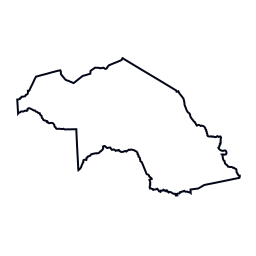 Santa Luzia, Maranhão, Brazil, rotated 87°
{"feature_id": "56859067B91143147838323", "entity_name": "Santa Luzia", "entity_type": "district", "adm_level": 2, "iso_a3": "BRA", "parent_name": "Brazil", "parent_adm1": "Maranhão", "projection": "albers", "projection_center": [-45.858, -4.292], "detail": "fine", "context": "isolated", "style": "outline", "palette": "ink", "viewbox_px": 256, "rotation_deg": 87, "n_neighbors": 0, "source": "geoboundaries", "source_scale": "gbopen_adm2", "svg_char_len": 5888}
<svg xmlns="http://www.w3.org/2000/svg" viewBox="0 0 256 256"><g transform="rotate(87 128 128)"><path d="M196.0,68.8L192.7,68.8L192.1,61.0L188.9,54.8L187.7,46.6L186.6,39.2L183.6,19.4L182.9,19.1L182.2,18.9L181.4,18.9L181.4,19.9L180.7,20.4L180.0,20.7L179.6,21.0L178.9,21.1L178.4,21.6L177.5,21.9L176.7,21.9L175.7,21.9L174.9,22.0L174.4,22.6L174.0,23.7L173.3,24.2L173.3,25.1L172.6,26.0L172.3,26.8L172.3,28.1L172.2,28.9L171.9,29.4L171.7,30.3L170.9,30.6L170.1,31.2L169.5,32.1L168.3,33.0L167.6,33.1L167.0,33.2L166.1,33.3L165.6,34.0L164.2,34.7L163.3,34.7L162.3,34.9L161.2,35.0L160.3,34.9L159.4,35.6L159.3,34.6L159.5,33.9L159.7,33.1L159.5,32.4L159.4,31.5L158.1,30.9L156.4,31.2L155.6,32.0L155.5,33.2L155.8,34.2L155.7,35.1L155.4,35.8L155.1,36.7L154.6,37.2L154.2,37.7L153.6,38.2L153.0,38.5L152.5,38.8L151.8,38.1L151.3,37.7L150.5,37.7L149.9,37.4L149.1,36.7L148.3,37.0L147.8,36.2L147.0,36.2L146.3,36.3L145.3,36.1L144.6,36.1L144.0,36.0L143.3,35.8L142.5,35.6L141.4,36.0L141.3,37.0L141.7,37.7L141.3,38.5L140.8,39.2L141.5,40.2L141.7,41.4L141.5,42.1L141.1,42.9L140.9,43.5L141.2,44.2L140.6,45.4L140.9,46.5L140.7,47.5L140.3,48.6L139.6,49.1L138.5,49.0L137.8,49.3L137.2,49.6L136.5,49.5L135.8,49.6L134.9,50.2L134.1,50.0L133.4,50.6L132.7,50.8L131.8,51.0L131.3,51.4L130.7,51.8L130.1,52.5L129.5,54.3L129.8,55.3L129.2,56.0L128.8,56.7L128.6,57.7L129.1,58.6L129.1,59.3L128.1,59.7L127.0,60.3L126.4,60.6L125.7,60.8L125.1,61.7L124.2,62.3L121.7,64.1L120.6,64.8L119.6,65.1L118.3,65.3L117.4,65.5L116.5,66.1L116.0,66.7L115.1,67.6L113.9,68.3L112.5,68.8L111.6,69.0L110.9,69.3L107.8,70.3L105.1,70.4L102.8,70.8L101.3,71.2L95.0,75.6L94.4,75.5L93.9,75.8L94.2,76.6L94.3,77.6L93.7,77.7L93.0,78.0L82.4,93.6L70.0,112.1L58.0,129.8L58.5,130.1L59.0,130.5L59.7,130.9L60.2,131.9L61.7,136.0L62.3,137.9L63.0,139.9L63.4,141.0L63.6,141.6L64.4,143.8L65.8,145.1L67.1,146.0L67.5,146.5L67.8,147.0L67.7,147.7L67.4,148.3L66.9,148.8L66.5,149.4L66.7,150.7L66.9,152.8L66.6,153.2L66.4,153.9L66.1,157.0L66.0,157.7L69.0,162.4L71.8,162.8L73.2,168.4L73.4,169.7L73.7,170.6L74.5,171.8L77.8,176.4L78.4,177.2L78.7,177.7L79.1,178.2L80.3,180.0L79.3,181.9L78.7,183.3L77.9,184.7L77.5,186.0L76.6,187.8L75.6,188.6L70.8,192.1L67.9,192.2L66.9,192.5L67.2,195.1L67.7,197.5L68.0,199.1L68.2,199.9L68.3,200.5L69.5,205.8L69.8,207.2L69.9,207.9L70.1,208.6L70.2,209.3L70.6,211.2L71.9,217.1L73.5,218.2L75.8,219.4L78.3,220.7L79.9,221.6L81.8,222.7L83.8,223.8L85.6,224.7L85.6,225.2L85.6,226.0L86.5,225.9L88.0,226.2L88.8,226.6L89.3,227.4L89.7,228.4L90.4,228.7L90.9,229.2L91.2,230.8L91.2,232.6L91.7,232.9L92.5,233.6L92.6,234.2L93.3,234.4L93.8,236.3L93.8,237.1L107.8,237.0L107.1,236.4L106.9,235.7L106.7,235.0L105.9,233.9L106.0,232.3L106.0,231.4L105.5,230.4L105.3,229.8L105.6,228.3L105.2,227.5L104.0,227.5L103.1,226.4L103.1,225.8L103.2,225.0L103.6,224.5L104.1,223.4L105.0,222.0L105.4,221.4L105.6,220.8L105.6,220.1L106.3,219.6L106.8,219.0L107.2,218.0L107.8,217.2L108.4,216.8L108.5,216.1L108.6,215.4L109.4,215.2L110.1,215.0L111.3,213.7L112.3,213.6L113.1,213.5L113.6,213.2L114.2,212.6L115.2,212.3L115.8,211.8L116.0,211.2L116.3,210.0L116.7,209.3L116.8,208.5L117.4,208.0L118.0,208.4L118.2,207.8L118.7,207.3L119.1,206.4L118.9,205.1L118.9,204.3L118.9,203.5L119.2,202.9L119.6,202.4L120.2,202.1L120.9,201.5L121.5,201.4L122.3,201.3L123.0,201.1L123.5,200.3L124.6,199.9L125.1,199.2L125.2,198.5L125.1,197.2L125.2,196.4L125.3,195.5L125.5,194.9L125.6,194.3L125.5,193.2L125.4,192.3L126.0,191.6L126.1,190.7L126.2,187.8L126.4,183.0L126.5,179.7L142.2,179.8L144.8,179.8L166.4,179.8L167.5,179.7L166.7,178.6L166.0,177.9L165.4,177.4L164.8,177.0L164.1,176.6L163.5,176.5L162.6,176.0L161.8,175.6L161.1,175.3L160.5,175.0L159.9,174.4L159.2,174.4L158.6,174.4L157.8,174.1L157.4,173.1L157.5,172.2L157.7,171.3L156.7,171.0L155.8,171.0L155.4,170.7L155.2,170.0L154.5,169.7L154.2,169.2L154.1,168.4L153.8,167.8L153.6,167.0L152.9,166.6L152.3,166.1L152.2,165.3L152.0,164.8L151.9,164.0L151.9,163.1L151.6,162.6L151.6,161.9L151.5,161.0L151.8,160.4L151.6,159.7L151.6,159.0L151.1,158.1L150.6,157.5L150.0,157.0L149.7,156.1L149.1,155.7L148.8,155.1L148.5,154.7L147.9,154.5L147.3,153.9L145.8,153.8L145.2,153.9L144.8,153.1L144.8,152.2L145.1,151.7L145.7,151.3L146.0,150.7L146.5,150.4L146.9,149.9L146.9,149.3L146.7,148.6L146.6,148.0L146.5,146.9L147.1,146.4L148.4,145.7L149.0,145.1L148.7,144.1L148.7,143.4L149.0,142.8L149.3,142.2L150.1,141.6L149.8,140.8L150.0,140.0L149.8,139.4L149.4,138.9L149.5,138.3L150.3,138.0L150.6,137.3L151.3,136.7L151.5,136.1L151.5,135.5L151.6,134.8L151.6,134.2L151.1,133.5L151.1,132.7L150.8,131.8L151.0,131.2L151.4,130.9L151.0,130.3L150.5,129.6L150.2,128.9L149.7,128.2L150.0,127.7L149.9,127.0L149.7,126.1L149.8,125.2L150.1,124.6L150.3,123.9L150.4,123.2L150.7,122.7L151.2,122.2L151.6,121.3L152.4,120.4L152.9,120.0L153.7,119.7L154.5,119.9L155.1,119.4L155.8,118.9L156.5,119.1L157.3,118.9L157.7,118.3L158.4,117.8L159.1,117.6L159.8,117.7L160.7,117.4L161.7,117.4L162.2,116.9L162.6,116.4L163.1,115.9L164.6,115.4L172.3,112.7L174.8,111.9L175.3,111.2L175.8,110.1L176.5,109.5L177.1,109.5L177.8,109.1L178.1,108.7L178.6,108.1L179.1,107.5L179.5,107.1L180.2,107.0L180.4,107.8L180.3,108.4L180.8,108.7L181.0,109.3L181.8,109.0L182.5,108.9L183.3,108.6L184.1,108.6L184.6,108.8L185.1,109.1L185.9,108.7L186.9,109.0L187.7,109.5L188.6,109.4L189.5,109.2L189.5,108.2L190.0,107.5L190.3,106.4L191.1,106.1L190.8,104.9L190.7,103.1L190.4,102.6L190.2,102.0L191.0,101.4L192.0,100.7L192.7,100.4L193.4,99.0L192.3,98.6L192.4,97.8L192.2,96.4L191.5,95.9L191.8,95.3L192.5,94.8L192.4,94.0L193.0,93.4L192.4,93.1L192.2,92.6L193.0,91.9L194.1,91.2L194.5,90.8L194.1,90.3L194.0,89.8L194.2,89.1L194.4,88.4L195.6,86.9L196.0,86.2L196.1,84.7L196.3,84.0L197.3,84.0L197.9,83.8L198.0,83.2L197.9,82.5L197.3,82.9L196.6,82.9L196.2,82.2L196.0,80.9L196.0,80.1L195.3,79.4L194.7,79.2L194.8,78.4L194.5,77.8L194.1,76.7L194.2,75.9L193.7,75.2L194.6,74.1L194.7,72.0L195.1,71.4L195.3,70.5L195.6,70.0L195.3,69.5L196.0,68.8Z" fill="none" stroke="#020617" stroke-width="2"/></g></svg>